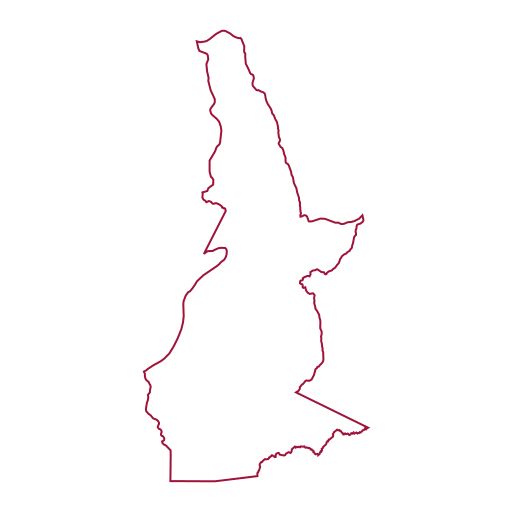 the district of Prainha, Pará, Brazil
{"feature_id": "56859067B77775808132226", "entity_name": "Prainha", "entity_type": "district", "adm_level": 2, "iso_a3": "BRA", "parent_name": "Brazil", "parent_adm1": "Pará", "projection": "equal_earth", "projection_center": [-53.549, -1.918], "detail": "fine", "context": "isolated", "style": "outline", "palette": "rose", "viewbox_px": 512, "rotation_deg": 0, "n_neighbors": 0, "source": "geoboundaries", "source_scale": "gbopen_adm2", "svg_char_len": 6073}
<svg xmlns="http://www.w3.org/2000/svg" viewBox="0 0 512 512"><path d="M196.8,41.3L198.3,48.3L199.4,50.9L206.6,53.7L207.7,55.1L208.3,59.2L206.4,64.1L207.1,71.4L208.6,77.9L208.3,80.9L210.6,90.1L214.8,99.2L214.7,102.5L214.2,103.7L210.5,108.7L210.2,110.5L211.1,113.5L212.4,115.1L216.7,118.8L219.1,121.7L220.7,126.3L221.4,130.6L220.1,142.3L219.4,144.4L217.2,146.4L216.2,148.0L215.4,150.5L214.7,152.0L209.6,160.5L209.6,171.6L210.9,176.8L211.9,177.5L213.3,179.7L213.2,184.6L208.4,188.1L207.3,191.0L202.4,192.4L202.7,193.6L202.6,196.0L202.4,196.9L202.6,198.1L203.5,199.6L205.6,201.0L206.0,201.8L206.6,202.2L208.9,201.0L211.1,201.9L212.3,203.4L212.8,203.7L213.5,203.8L216.0,203.1L218.6,204.1L220.6,205.4L221.9,206.5L222.1,207.5L222.8,207.5L223.6,208.3L224.1,208.1L225.2,208.7L225.4,209.9L225.8,210.9L203.9,253.9L207.5,251.2L213.1,250.9L213.9,250.2L218.4,248.2L221.2,247.8L225.2,248.0L226.2,249.1L226.7,250.6L226.8,251.8L226.5,254.7L225.9,256.8L224.2,259.7L220.8,262.3L219.1,264.3L216.3,266.5L203.6,275.1L199.4,279.0L197.0,281.3L194.9,284.8L192.4,288.4L190.0,291.3L188.3,292.1L186.9,293.9L185.6,295.9L183.6,301.2L183.3,304.1L183.7,316.2L183.0,322.4L181.3,329.3L177.7,338.3L173.7,346.4L169.3,353.5L164.2,358.7L160.8,361.2L153.3,365.3L147.9,368.9L146.0,370.5L143.9,371.6L144.9,373.8L144.9,376.4L145.5,378.7L146.3,380.0L148.8,382.2L149.3,383.6L150.3,385.1L150.7,387.0L150.1,389.3L149.9,392.1L149.7,392.7L147.9,394.8L148.3,397.0L147.9,400.0L146.9,402.8L146.0,408.5L145.9,409.5L146.3,411.3L148.4,413.7L150.6,415.3L153.2,418.4L156.6,419.7L158.2,421.2L159.0,422.8L159.0,423.9L157.8,426.5L157.9,427.5L158.8,428.7L160.4,429.4L161.2,430.3L161.7,431.9L161.1,433.4L161.0,434.4L161.1,435.0L161.6,435.8L162.6,436.0L163.2,436.6L164.2,438.1L164.3,438.7L164.1,440.1L163.7,440.6L162.1,441.4L162.4,443.0L164.1,444.7L165.5,445.2L166.2,445.7L170.6,450.4L170.7,455.2L170.4,481.1L214.8,481.3L257.4,476.1L257.4,473.3L257.6,472.7L258.1,472.4L258.4,471.1L258.9,470.8L260.1,467.1L260.1,466.4L259.6,465.2L259.8,464.0L261.3,462.0L262.2,461.9L262.9,460.8L264.9,459.1L266.4,459.4L268.3,458.9L269.1,458.1L269.2,457.4L270.1,457.1L270.8,456.2L271.4,456.1L272.0,455.2L273.9,456.2L274.7,457.1L275.6,457.0L275.8,454.4L276.4,453.7L278.3,452.8L278.9,453.1L279.7,454.6L283.9,455.5L285.2,455.0L285.5,454.3L286.1,453.6L288.6,452.2L289.9,452.6L290.4,453.0L291.2,452.3L291.7,450.9L291.8,449.3L294.9,446.6L295.7,447.6L296.9,446.9L297.7,447.2L298.4,446.8L300.0,447.3L300.6,446.4L303.1,446.7L304.3,446.4L305.4,447.7L306.8,447.4L308.2,448.1L308.9,447.8L310.4,448.7L310.6,449.4L311.7,449.4L312.2,450.4L313.3,450.7L313.6,451.3L313.4,452.2L314.4,452.7L314.8,453.7L315.5,454.3L317.6,453.9L318.1,454.5L318.2,455.2L319.7,453.9L319.9,452.7L320.6,451.4L321.2,451.8L322.1,450.2L321.7,448.9L323.1,447.7L323.1,447.0L325.7,444.7L326.4,443.6L326.5,442.5L327.4,441.2L328.0,441.4L328.6,440.4L328.7,439.6L329.5,439.5L333.0,436.6L333.2,435.5L332.9,434.1L333.4,433.7L333.8,432.4L337.1,429.7L337.5,430.1L338.4,430.3L339.1,430.0L339.7,430.8L340.4,430.7L341.3,431.6L341.7,432.6L342.8,433.2L343.2,434.4L343.9,434.5L344.3,433.8L345.1,433.4L345.9,434.1L346.7,434.1L347.7,433.6L348.4,434.0L349.2,435.0L350.4,434.6L351.3,433.2L351.8,433.1L352.6,433.6L353.5,432.6L353.7,433.3L354.2,433.7L356.3,432.5L357.4,433.5L357.9,433.0L359.1,433.1L359.7,432.2L360.6,432.5L362.0,431.3L362.6,430.3L363.7,430.2L364.3,429.4L364.9,429.1L365.1,428.4L366.0,429.4L367.1,428.2L368.1,427.7L296.0,392.4L297.0,391.7L298.0,391.3L298.7,390.6L299.7,389.0L299.9,387.1L302.0,384.5L303.1,383.9L305.3,381.1L306.2,380.5L309.3,380.8L311.6,379.5L314.2,374.5L314.5,372.7L315.0,371.7L315.1,370.5L315.6,369.1L316.9,368.1L317.4,366.9L318.8,366.6L319.8,365.2L322.1,362.9L323.1,361.2L323.4,359.9L323.2,352.4L322.5,350.5L322.6,348.2L322.3,347.6L321.8,343.3L321.2,341.4L321.3,337.7L321.0,336.6L321.6,334.5L321.7,331.8L320.2,328.2L320.4,322.2L320.2,320.0L319.4,317.5L319.2,314.9L317.0,310.8L315.4,308.7L315.4,307.5L314.1,302.6L314.5,301.6L314.1,297.9L314.6,295.4L314.4,294.8L313.0,293.3L309.7,293.9L307.7,292.7L306.0,290.4L305.3,287.3L303.4,287.9L302.7,287.3L302.7,285.4L302.3,284.3L300.4,283.7L300.0,283.2L300.0,282.2L300.3,280.9L300.8,280.5L301.9,280.5L302.8,279.8L303.1,278.7L302.8,278.2L304.7,276.9L305.6,276.8L307.0,276.0L308.1,275.9L309.6,276.4L310.5,274.5L310.4,272.1L312.7,270.6L315.1,270.2L316.9,269.3L317.5,269.4L321.3,272.0L324.0,272.3L324.7,273.8L325.5,274.3L326.4,274.1L326.7,273.1L328.7,271.4L330.6,270.9L332.0,270.2L333.3,268.9L335.2,267.6L337.1,264.9L338.5,263.5L339.6,260.9L340.0,259.3L342.2,256.0L344.3,254.3L346.3,253.5L347.3,252.2L349.7,250.8L350.5,249.2L351.4,248.5L351.9,247.4L352.2,245.5L353.0,243.2L354.0,237.8L354.5,236.4L356.0,234.9L356.0,233.5L355.6,231.7L355.8,229.6L356.4,228.7L356.6,226.3L357.0,225.1L357.3,224.6L360.4,223.6L362.6,221.9L363.2,220.9L363.4,219.7L362.4,215.3L359.2,218.6L354.2,221.2L350.5,222.1L349.1,222.0L346.8,222.6L344.0,223.8L342.0,224.1L340.0,223.6L339.2,223.0L338.3,222.7L335.3,222.7L325.0,218.8L320.4,218.6L312.2,221.3L309.6,221.5L308.7,221.2L307.1,216.7L306.0,215.5L304.2,215.2L301.3,216.6L300.5,216.7L300.3,215.2L301.0,213.4L300.5,211.5L300.3,209.4L300.3,207.5L299.9,205.7L300.0,202.4L299.1,200.4L299.0,197.8L297.3,192.8L296.3,188.0L294.5,184.4L293.7,182.2L293.0,177.5L291.5,174.6L291.1,171.8L288.7,165.2L287.7,163.9L286.1,163.0L285.6,162.0L285.5,157.4L284.2,154.2L283.4,150.6L282.6,148.7L282.3,148.1L280.6,146.9L278.7,143.8L278.7,143.0L279.8,141.3L280.0,139.4L279.0,137.3L278.8,136.1L278.3,132.4L278.6,130.5L278.0,128.7L278.1,127.4L276.9,121.9L275.3,119.2L273.9,115.4L272.2,113.5L271.6,110.7L270.7,108.5L267.7,103.9L266.4,101.0L265.8,99.0L265.0,94.3L264.5,93.3L263.2,92.3L260.7,91.4L258.4,90.1L257.3,90.3L256.5,90.1L253.1,86.2L252.6,85.0L252.5,82.9L253.9,78.1L253.5,76.2L253.0,75.0L250.6,73.7L250.1,72.9L248.4,68.9L245.8,63.7L245.2,56.6L245.3,53.9L244.9,52.9L244.4,52.6L244.1,51.2L244.3,46.3L241.5,39.2L240.5,38.0L238.9,38.2L236.9,37.7L233.7,36.3L230.0,33.4L225.8,31.2L224.9,30.8L222.7,30.7L221.3,31.1L217.2,33.3L215.2,34.6L210.2,38.7L207.2,40.7L205.5,41.4L201.0,42.1L199.4,42.1L196.8,41.3Z" fill="none" stroke="#9f1239" stroke-width="2"/></svg>